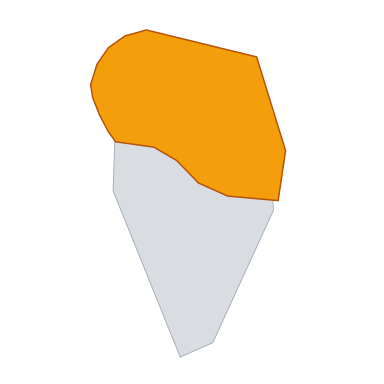 location of Saint Anthony within Montserrat, rotated 177°
{"feature_id": "MSR-5087", "entity_name": "Saint Anthony", "entity_type": "Parish", "adm_level": 1, "iso_a3": "MSR", "parent_name": "Montserrat", "parent_adm1": "", "projection": "robinson", "projection_center": [-62.171, 16.712], "detail": "fine", "context": "in_parent", "style": "filled", "palette": "amber", "viewbox_px": 384, "rotation_deg": 177, "n_neighbors": 0, "source": "natural_earth", "source_scale": "10m", "svg_char_len": 518}
<svg xmlns="http://www.w3.org/2000/svg" viewBox="0 0 384 384"><g transform="rotate(177 192 192)"><path d="M270.7,197.2L258.3,341.9L114.5,297.1L111.5,169.7L179.1,40.5L212.4,27.8L270.7,197.2Z" fill="#d9dde1" stroke="#a8b0b8" stroke-width="1"/><path d="M265.7,246.1L272.6,257.0L280.4,274.0L286.2,291.4L287.6,304.5L280.1,324.7L267.9,340.5L250.7,351.4L229.2,356.2L120.4,323.5L96.4,228.4L106.4,178.9L156.4,186.0L185.0,200.6L205.6,224.2L227.8,238.8L265.7,246.1Z" fill="#f59e0b" stroke="#b45309" stroke-width="1.5"/></g></svg>